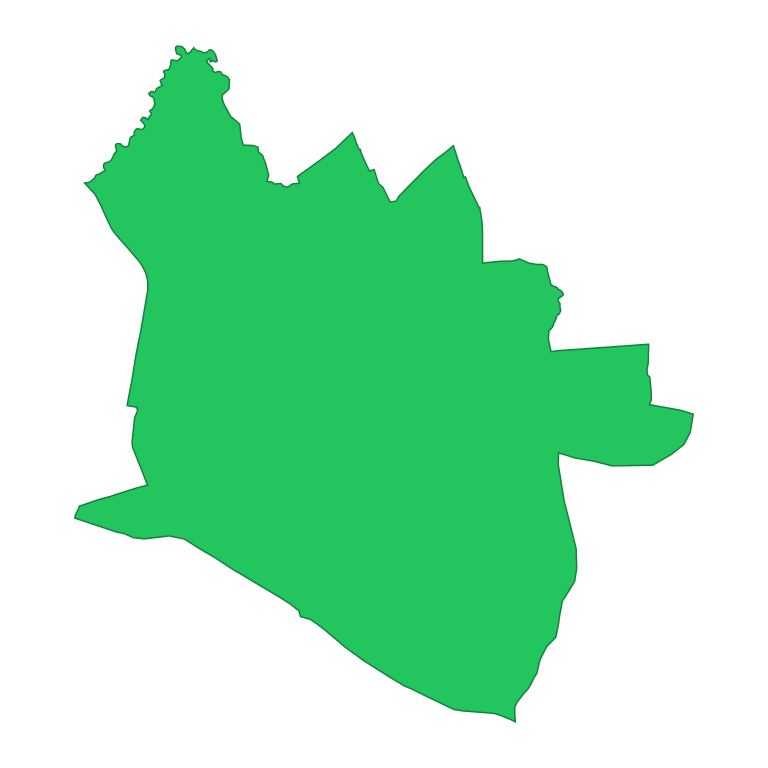 the district of Nassarawa, Kano, Nigeria
{"feature_id": "59680162B98184498564097", "entity_name": "Nassarawa", "entity_type": "district", "adm_level": 2, "iso_a3": "NGA", "parent_name": "Nigeria", "parent_adm1": "Kano", "projection": "orthographic", "projection_center": [8.564, 12.008], "detail": "fine", "context": "isolated", "style": "filled", "palette": "green", "viewbox_px": 768, "rotation_deg": 0, "n_neighbors": 0, "source": "geoboundaries", "source_scale": "gbopen_adm2", "svg_char_len": 5264}
<svg xmlns="http://www.w3.org/2000/svg" viewBox="0 0 768 768"><path d="M74.8,518.1L95.1,524.9L103.6,527.7L117.4,532.3L123.5,533.3L133.5,537.7L144.3,538.9L169.0,535.9L184.4,539.0L199.4,548.6L215.0,557.7L224.6,564.0L227.1,565.7L227.5,565.9L232.6,569.3L236.4,571.5L245.9,577.1L250.8,580.1L278.4,596.5L278.9,596.7L290.8,604.4L295.1,607.9L295.3,608.1L298.8,610.5L299.8,614.0L300.5,616.6L309.0,619.0L310.3,619.4L311.8,620.4L314.6,622.2L323.3,628.7L346.0,647.8L352.2,652.3L363.2,660.3L376.7,668.9L388.7,676.5L404.1,685.8L405.7,686.5L411.5,688.9L426.4,696.3L440.6,703.1L453.7,709.4L462.0,710.8L471.4,711.6L486.3,712.7L494.6,713.5L499.6,715.1L510.2,719.3L515.4,721.9L514.8,715.6L514.7,711.0L514.7,707.1L517.1,702.2L524.6,692.6L527.7,689.4L530.6,684.9L533.8,678.1L536.9,673.2L540.0,659.8L546.7,646.6L555.8,637.2L558.3,625.3L559.3,617.7L562.3,601.1L568.0,592.3L571.4,586.7L574.7,581.2L576.7,568.3L576.7,567.8L576.4,558.6L576.2,549.0L574.8,543.4L569.0,519.9L564.2,501.3L558.2,464.1L558.6,452.9L575.6,458.1L593.9,461.2L612.0,465.9L652.8,465.2L671.6,454.2L683.9,444.4L690.2,432.6L691.2,426.5L693.2,414.1L690.3,413.2L680.5,410.3L649.5,404.6L651.4,399.6L651.2,391.9L650.5,384.4L649.8,377.0L647.8,375.4L647.2,373.5L647.0,369.6L648.3,362.7L648.4,353.9L648.6,347.2L648.7,344.2L557.9,350.7L551.1,351.7L548.6,340.6L548.5,336.4L549.0,331.1L552.6,326.8L553.5,324.5L553.7,323.1L554.3,322.4L555.1,320.8L555.8,319.2L556.2,318.3L556.6,316.9L556.9,315.5L559.0,314.1L559.2,313.8L560.7,310.8L559.9,306.3L560.0,303.7L558.2,300.9L558.6,298.3L560.7,297.1L563.4,294.8L562.6,292.7L560.8,290.6L558.5,289.4L557.2,287.7L554.6,286.5L551.2,285.1L547.4,271.3L546.8,267.0L543.7,264.9L540.9,264.3L537.9,264.5L534.4,264.1L532.0,263.5L529.6,263.4L519.4,258.9L514.6,260.5L513.1,260.7L509.6,261.2L507.7,261.1L500.6,261.2L492.3,262.1L482.6,263.1L482.5,231.0L481.9,220.8L479.7,207.5L479.1,207.7L468.9,186.5L465.5,176.9L463.9,177.6L460.7,167.4L459.3,163.3L458.1,160.5L455.5,152.1L453.4,145.7L443.8,153.6L436.2,159.2L425.4,169.3L408.1,186.8L398.9,196.3L396.2,201.1L390.1,202.0L383.0,187.5L378.5,183.5L374.1,169.5L369.4,171.0L366.7,165.3L362.8,156.8L361.2,152.7L360.0,149.2L359.0,149.5L356.1,142.5L355.2,139.2L352.3,132.6L335.8,148.3L322.7,158.2L310.0,167.5L297.4,176.5L299.4,183.4L295.5,183.6L292.1,184.0L288.8,186.5L286.6,187.2L283.1,185.9L282.0,184.6L280.8,183.5L274.4,184.1L273.1,182.7L271.5,182.0L267.0,181.5L268.7,175.5L265.9,164.4L264.2,159.9L262.5,155.3L261.9,154.8L258.5,151.9L257.9,147.1L253.2,145.5L243.4,145.1L242.4,142.1L241.1,137.1L239.7,124.1L230.4,116.2L229.7,114.7L224.0,104.3L222.5,99.9L221.9,95.5L229.0,89.0L229.5,79.9L227.6,76.9L225.1,75.6L222.9,74.9L221.5,73.5L220.6,71.9L218.9,71.5L217.6,71.7L215.7,72.4L213.7,71.9L212.5,70.5L213.0,69.5L212.1,67.5L210.3,65.8L208.5,63.9L207.3,62.7L206.6,61.3L207.6,60.5L208.5,58.9L209.5,58.4L210.4,59.9L210.1,61.8L211.2,61.4L213.0,61.1L214.5,61.5L215.7,61.9L217.2,61.0L216.2,57.0L215.5,54.8L213.6,51.9L212.4,50.5L210.7,49.7L209.5,49.8L207.7,51.6L205.6,52.7L203.5,52.9L202.4,52.5L201.7,51.6L199.8,51.2L197.5,50.7L195.7,49.8L194.6,49.0L193.8,47.7L192.8,49.0L191.4,50.4L190.3,52.2L189.3,52.9L187.9,53.1L187.1,53.7L186.4,53.3L185.9,52.2L185.5,50.8L185.0,49.4L183.4,48.1L182.6,47.0L181.1,46.4L179.5,46.6L178.0,46.1L176.5,46.2L175.8,47.2L175.5,48.5L175.7,50.1L176.0,51.3L176.4,52.8L177.0,53.8L178.5,54.5L180.1,54.9L181.0,55.5L181.5,56.6L180.6,58.0L179.4,59.1L177.1,60.8L175.1,60.6L173.4,60.1L172.1,59.8L171.0,60.6L170.7,62.2L170.9,64.1L169.9,67.3L168.9,69.3L167.6,69.9L165.5,70.2L164.9,70.3L163.9,70.9L163.6,71.8L164.2,72.9L164.6,73.9L165.0,75.8L164.6,77.3L163.7,78.4L162.5,79.0L161.3,79.6L160.5,80.0L160.2,80.6L160.2,81.0L160.6,81.9L161.1,83.2L161.5,84.6L162.1,84.6L162.4,85.0L162.0,85.5L160.7,86.3L158.9,87.3L157.2,88.2L156.5,89.0L155.7,90.7L154.8,92.1L153.8,92.0L152.8,91.7L151.3,91.4L150.1,92.5L148.8,93.3L149.3,94.7L150.7,96.3L152.4,96.6L153.6,98.0L154.2,99.8L154.7,104.7L153.5,107.2L152.1,109.2L150.7,110.0L149.7,110.9L150.0,111.8L151.3,112.8L151.4,113.8L150.9,115.2L149.7,116.3L148.7,118.2L148.2,119.5L147.0,119.3L146.5,118.2L145.2,117.8L142.8,117.3L140.6,120.2L142.2,121.7L143.9,123.9L145.1,125.8L143.9,128.0L142.2,129.4L140.2,129.4L137.9,128.6L136.2,129.1L135.6,130.0L134.6,131.2L134.1,133.1L134.1,135.4L132.8,136.1L131.2,136.8L130.2,137.7L129.8,140.1L129.2,142.2L128.9,144.7L128.1,146.0L126.7,146.7L124.5,146.7L122.1,145.9L121.3,144.4L120.1,143.8L117.6,143.6L116.0,144.2L115.5,145.0L115.6,146.7L116.7,150.8L115.6,152.3L114.1,154.1L113.1,156.5L111.1,160.4L109.1,161.8L106.8,162.5L104.6,163.2L103.5,164.7L103.7,167.9L105.0,169.2L104.7,170.8L103.0,171.7L99.3,174.0L96.2,174.9L94.5,178.1L91.9,180.6L88.6,182.5L84.6,183.0L91.5,190.5L95.0,194.2L100.9,205.5L101.0,205.7L106.0,216.9L108.1,221.6L109.9,225.2L112.0,229.3L115.0,233.5L116.9,235.5L118.8,238.0L123.2,242.9L124.8,244.7L126.6,246.7L132.3,253.4L135.1,256.6L136.2,257.9L139.3,261.6L142.2,265.8L145.7,272.9L147.3,279.1L147.8,283.0L147.7,290.3L140.5,332.5L138.4,342.5L135.8,355.9L133.6,369.8L133.4,370.9L132.9,374.5L131.9,380.1L127.1,405.5L131.9,406.4L136.6,407.2L137.6,410.7L134.7,417.5L132.0,442.4L132.6,447.0L134.2,451.5L141.8,470.3L147.5,485.2L137.5,487.7L116.9,494.2L110.5,496.4L99.3,499.4L98.9,499.5L79.4,506.1L77.6,510.8L75.4,515.0L74.8,518.1Z" fill="#22c55e" stroke="#15803d" stroke-width="1.5"/></svg>